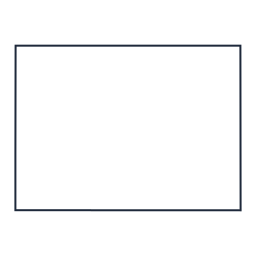 outline of Bremer, Iowa, United States of America
{"feature_id": "52423323B90792041725693", "entity_name": "Bremer", "entity_type": "district", "adm_level": 2, "iso_a3": "USA", "parent_name": "United States of America", "parent_adm1": "Iowa", "projection": "equal_earth", "projection_center": [-92.397, 42.775], "detail": "fine", "context": "isolated", "style": "outline", "palette": "slate", "viewbox_px": 256, "rotation_deg": 0, "n_neighbors": 0, "source": "geoboundaries", "source_scale": "gbopen_adm2", "svg_char_len": 193}
<svg xmlns="http://www.w3.org/2000/svg" viewBox="0 0 256 256"><path d="M15.4,210.2L240.6,210.3L240.4,45.7L15.6,45.7L15.4,155.6L15.4,210.2Z" fill="none" stroke="#1e293b" stroke-width="2"/></svg>